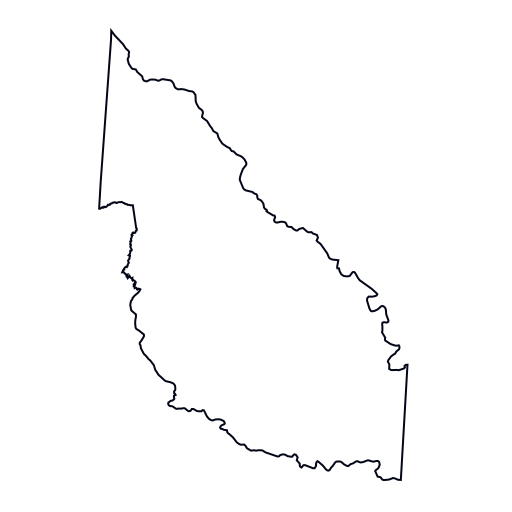 Carauari, Amazonas, Brazil, rotated 274°
{"feature_id": "56859067B9018125425932", "entity_name": "Carauari", "entity_type": "district", "adm_level": 2, "iso_a3": "BRA", "parent_name": "Brazil", "parent_adm1": "Amazonas", "projection": "orthographic", "projection_center": [-67.33, -5.173], "detail": "fine", "context": "isolated", "style": "outline", "palette": "ink", "viewbox_px": 512, "rotation_deg": 274, "n_neighbors": 0, "source": "geoboundaries", "source_scale": "gbopen_adm2", "svg_char_len": 6038}
<svg xmlns="http://www.w3.org/2000/svg" viewBox="0 0 512 512"><g transform="rotate(274 256 256)"><path d="M287.2,300.9L286.3,298.0L285.6,296.8L284.4,295.7L284.2,294.4L285.5,291.5L287.4,289.4L287.4,286.5L287.9,285.1L290.5,283.8L291.7,282.6L292.0,279.6L291.8,277.9L290.8,274.9L290.9,273.4L291.7,272.0L293.1,271.5L296.1,272.4L297.6,271.7L297.7,270.2L300.9,263.9L301.5,263.3L302.1,263.7L302.8,263.4L303.7,261.6L305.0,260.6L308.5,259.8L310.4,258.5L311.8,257.1L313.1,253.9L314.5,253.2L316.4,253.0L317.6,252.1L318.5,249.3L319.6,248.1L320.7,241.4L321.5,239.7L322.6,238.6L329.8,235.0L331.1,234.5L332.7,234.5L336.0,235.1L341.9,236.9L346.1,239.8L347.6,240.0L349.0,239.4L351.5,237.8L353.6,235.5L354.4,234.1L356.0,229.5L358.8,226.3L359.0,224.5L360.4,223.2L361.7,222.4L362.8,219.5L365.2,215.4L366.1,214.3L369.4,211.7L372.0,210.1L375.5,208.9L377.7,204.7L380.3,203.1L382.8,200.9L387.2,197.8L390.0,193.4L391.0,192.4L395.4,193.1L397.0,192.5L398.2,191.3L399.7,188.8L403.4,186.3L406.0,185.1L412.4,184.4L415.1,182.2L415.7,180.9L415.9,177.7L417.1,173.0L417.3,169.8L416.8,166.8L417.4,165.2L418.1,163.9L419.4,162.9L422.0,161.8L423.1,161.0L424.3,160.0L425.2,158.6L425.9,150.6L425.3,148.8L424.5,147.7L424.0,146.2L424.9,143.1L424.8,139.7L424.5,138.0L422.6,135.0L422.7,133.4L423.2,131.9L424.6,130.8L427.3,129.9L431.2,124.8L433.7,123.1L434.1,119.6L435.1,118.5L438.8,115.7L443.3,114.2L446.4,115.3L447.8,114.9L450.7,115.2L451.8,114.4L453.9,111.7L458.0,108.6L466.1,99.8L470.6,95.9L461.5,96.3L319.0,95.9L292.3,96.2L292.2,97.0L294.0,99.3L293.4,100.0L293.7,100.6L294.6,101.1L294.2,102.2L294.6,102.6L294.6,103.2L295.7,104.3L296.8,104.8L296.8,106.5L297.4,106.6L298.0,107.3L298.4,108.5L299.1,109.0L299.3,110.3L299.7,110.8L299.7,112.1L299.3,112.5L299.1,113.3L300.0,114.8L300.3,116.4L300.2,117.0L300.6,118.2L299.5,120.4L299.6,121.1L298.8,121.8L298.6,123.9L298.1,124.3L298.1,126.7L297.8,127.3L298.0,129.6L275.6,134.5L275.1,135.1L274.3,135.0L273.7,135.3L273.0,135.1L272.7,134.4L270.8,133.9L270.4,132.5L270.9,131.8L270.5,131.3L269.9,131.4L269.5,131.1L269.0,130.6L268.2,131.2L267.9,130.5L267.2,130.9L265.1,130.4L264.4,130.0L262.4,130.6L261.9,130.3L261.7,129.6L261.1,129.9L259.1,129.7L258.9,130.3L257.7,130.5L257.3,130.0L256.3,130.0L253.8,131.5L253.0,131.6L252.4,131.0L252.4,130.2L249.6,130.2L248.0,129.1L248.0,129.7L247.7,130.3L247.1,130.4L246.6,129.9L244.7,130.0L244.1,129.8L243.8,129.3L242.1,128.7L240.4,129.6L238.5,128.6L237.0,128.6L236.5,128.3L236.0,128.0L236.4,127.3L235.2,125.9L233.9,125.2L233.3,125.5L232.6,124.4L230.4,123.7L230.7,125.1L229.6,126.0L229.4,126.7L228.7,127.0L228.3,127.7L228.6,129.1L226.8,128.2L225.3,129.3L226.4,129.5L225.8,130.1L227.5,131.1L227.0,131.6L226.0,131.7L225.1,133.5L225.5,134.2L223.6,134.1L223.0,134.7L223.6,135.0L223.3,135.7L222.4,137.0L221.6,137.0L221.4,137.8L219.9,137.0L219.4,136.0L217.7,136.1L218.4,137.2L217.2,136.9L215.5,137.2L216.0,138.3L215.8,138.9L215.4,139.3L214.4,139.5L214.2,140.1L215.2,141.2L214.7,142.0L215.0,142.5L214.7,143.0L212.9,142.2L211.1,140.9L208.1,137.8L205.5,135.8L204.9,135.9L203.5,135.3L202.9,134.7L201.1,134.2L198.1,134.0L193.0,135.4L189.3,140.3L186.8,140.5L183.8,140.1L180.7,140.1L176.1,140.9L174.9,141.7L173.5,144.4L169.9,149.6L168.4,149.9L166.7,149.2L162.8,147.1L161.6,146.1L160.1,146.1L158.8,147.0L155.8,147.7L150.6,150.9L148.8,153.1L145.4,156.3L144.4,157.8L140.0,161.7L135.5,163.4L130.7,167.0L125.4,173.7L124.8,175.0L124.1,179.5L123.2,182.2L122.3,183.3L121.0,184.3L118.0,184.8L116.6,184.7L115.3,183.8L113.7,183.8L112.6,185.1L111.7,185.5L111.0,183.9L109.6,183.9L107.9,184.5L106.8,183.7L105.9,182.5L105.6,181.0L103.5,178.7L102.1,178.8L100.9,179.6L100.3,180.9L100.3,182.5L99.9,183.8L98.2,186.5L98.0,187.9L98.4,189.4L98.6,192.4L99.1,194.0L99.1,195.6L96.5,199.3L96.6,200.7L97.5,201.9L98.9,202.6L99.0,204.3L97.3,207.8L97.1,209.5L97.3,212.4L98.5,213.4L98.4,214.8L92.6,218.2L90.3,220.4L89.6,221.7L89.0,223.1L89.0,224.5L90.2,227.1L90.5,230.5L90.4,232.0L89.1,235.3L87.9,236.2L86.6,236.5L85.6,235.5L84.9,233.7L83.8,232.7L82.4,232.1L81.2,233.0L81.1,234.5L80.4,236.0L80.1,239.2L78.6,239.5L77.3,240.3L76.5,241.8L73.5,245.6L68.8,249.8L67.1,252.6L66.7,254.2L67.1,257.4L66.1,258.6L63.5,260.5L61.5,264.6L62.1,267.8L61.8,269.5L62.5,272.6L62.5,275.9L60.8,279.1L57.5,291.4L57.8,293.0L59.0,293.9L59.6,295.3L60.0,296.9L59.9,298.5L59.5,299.8L58.6,301.2L58.2,304.8L58.4,306.2L59.8,307.0L60.8,308.1L60.5,309.7L58.0,311.6L55.1,310.9L51.9,314.1L50.3,314.2L48.9,314.8L48.2,316.2L50.6,317.9L50.8,319.5L48.2,327.9L48.4,329.3L51.0,330.6L52.5,330.4L54.3,330.6L55.6,331.6L54.8,333.1L51.6,337.3L47.9,340.8L47.1,342.1L47.0,343.5L48.1,344.7L49.7,345.4L52.1,347.3L55.9,349.6L56.6,350.9L56.9,354.0L56.4,355.6L54.2,358.5L53.0,361.2L52.8,362.6L54.9,364.8L56.1,367.6L57.9,369.9L58.4,371.4L57.3,374.5L57.9,377.2L59.9,381.4L60.0,383.0L59.5,384.3L59.0,387.5L59.9,390.4L60.0,391.9L59.2,393.2L56.3,394.0L53.3,393.0L52.1,392.1L51.1,390.8L49.8,389.9L44.4,392.7L44.0,395.6L41.7,397.7L41.4,399.3L42.2,404.1L44.1,408.3L43.8,410.1L42.7,413.2L42.7,416.1L158.1,414.7L157.8,412.9L156.6,411.8L155.2,412.3L154.0,411.2L152.0,406.3L152.2,404.6L151.7,399.8L151.8,398.3L152.7,396.7L157.1,396.6L159.9,394.9L161.4,395.3L165.3,397.8L167.4,400.2L168.1,401.4L170.7,402.8L172.8,405.1L174.2,405.5L175.7,405.4L176.9,404.6L176.4,403.1L176.3,401.4L177.5,396.5L180.7,390.8L182.0,390.4L183.5,390.6L188.7,387.0L190.2,387.3L194.8,387.0L196.4,386.6L198.3,386.8L198.9,388.2L198.7,391.2L199.6,392.5L201.0,392.6L206.8,390.0L211.4,389.3L213.1,388.6L214.3,387.4L215.0,385.9L214.6,384.4L211.3,381.2L209.5,378.1L209.0,376.3L209.0,374.7L210.2,373.6L211.6,372.8L219.2,369.9L220.7,369.8L222.2,370.2L223.4,371.4L223.5,374.7L224.3,377.6L225.0,379.0L226.3,379.7L227.5,378.6L231.4,373.6L239.0,361.2L241.3,359.2L245.9,356.2L246.9,355.0L246.6,353.5L242.7,350.9L242.2,349.5L242.0,348.1L242.2,344.8L243.7,342.4L246.4,340.6L249.5,339.6L249.4,338.0L250.9,337.7L257.6,338.4L257.7,333.5L258.0,331.6L258.5,330.2L259.4,329.0L263.7,326.8L272.5,319.6L274.5,316.5L275.6,315.4L278.6,316.5L281.2,315.4L282.5,311.0L283.7,309.7L283.3,306.8L283.8,305.4L287.2,300.9Z" fill="none" stroke="#020617" stroke-width="2"/></g></svg>